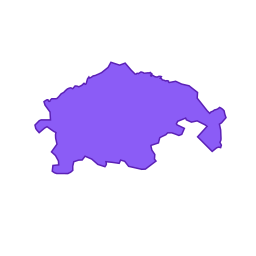 outline of Kusada, Katsina, Nigeria, rotated 232°
{"feature_id": "59680162B88881037507986", "entity_name": "Kusada", "entity_type": "district", "adm_level": 2, "iso_a3": "NGA", "parent_name": "Nigeria", "parent_adm1": "Katsina", "projection": "natural_earth1", "projection_center": [7.948, 12.456], "detail": "fine", "context": "isolated", "style": "filled", "palette": "violet", "viewbox_px": 256, "rotation_deg": 232, "n_neighbors": 0, "source": "geoboundaries", "source_scale": "gbopen_adm2", "svg_char_len": 2595}
<svg xmlns="http://www.w3.org/2000/svg" viewBox="0 0 256 256"><g transform="rotate(232 128 128)"><path d="M128.5,55.6L128.6,58.4L131.9,60.9L134.8,64.5L133.1,69.3L131.0,72.2L132.2,76.8L125.8,80.3L117.9,81.8L111.7,86.0L112.2,87.6L112.4,88.0L112.9,88.8L113.5,89.1L114.1,89.5L115.0,89.9L111.2,93.9L105.6,99.3L107.3,102.4L103.8,104.9L97.4,104.9L87.0,113.4L84.9,116.4L84.7,129.7L87.2,129.7L87.3,129.8L89.5,131.8L90.6,132.8L95.7,133.2L95.9,133.2L99.7,135.0L99.8,135.0L100.1,135.6L97.5,142.8L100.3,146.4L100.8,147.2L100.6,148.1L100.5,148.9L100.0,151.1L99.4,153.7L99.4,153.8L99.8,156.2L97.3,159.5L93.7,161.8L90.8,163.5L90.3,165.1L89.9,166.4L89.9,166.5L93.0,172.2L100.3,168.6L101.5,168.7L102.7,171.3L100.3,179.5L98.5,179.0L93.6,181.6L91.7,185.5L91.0,186.9L83.0,190.7L82.8,190.7L82.7,190.8L80.6,191.3L78.2,177.4L57.7,179.9L57.8,185.7L57.1,187.7L55.5,188.9L57.0,191.0L59.5,191.5L60.1,191.6L61.3,193.8L62.7,195.0L63.0,195.2L69.4,199.8L74.8,202.4L74.5,204.9L75.8,211.6L78.2,212.4L79.5,212.9L82.4,214.3L84.4,214.1L86.0,213.7L87.8,212.9L87.8,210.4L88.2,209.0L89.0,207.2L89.0,205.3L89.6,203.2L89.3,201.4L92.9,201.0L108.9,200.9L113.2,204.7L121.6,202.6L123.7,202.1L129.6,197.3L135.5,194.3L138.5,188.4L139.3,188.3L140.1,188.8L141.3,187.9L141.9,186.6L143.6,185.7L144.5,184.8L145.0,184.6L146.4,184.8L147.3,184.0L147.7,184.8L147.9,185.9L148.4,185.7L149.7,184.2L150.2,182.3L150.8,181.7L152.0,180.7L153.8,180.1L154.6,179.7L154.5,178.4L154.8,178.1L155.7,178.4L155.6,179.9L156.2,180.2L157.5,179.7L158.1,179.7L158.3,178.5L159.1,177.8L160.9,174.9L161.3,174.4L162.4,174.0L163.3,173.4L164.2,172.7L164.3,171.1L164.5,169.7L165.2,169.2L165.6,168.5L165.5,167.7L166.1,166.8L171.8,166.1L180.9,165.7L182.7,160.1L190.3,155.0L188.0,149.6L187.9,141.3L188.6,138.1L189.1,136.3L189.5,134.6L190.5,132.6L190.6,129.8L191.2,128.4L192.3,128.6L192.0,127.6L191.6,126.3L188.9,122.6L188.6,122.0L188.8,121.2L190.3,120.9L190.4,120.5L190.2,119.6L190.1,117.6L190.6,115.3L190.8,114.6L192.4,113.6L193.7,112.2L193.4,110.7L193.0,108.9L193.2,108.4L193.8,108.2L194.8,107.7L195.2,107.1L195.7,105.9L196.1,104.2L196.0,101.9L195.6,99.3L196.1,96.4L195.3,92.7L195.0,90.2L195.6,89.0L198.0,85.9L197.8,83.9L197.2,82.8L197.6,82.1L198.2,81.9L198.8,82.1L199.5,82.3L200.1,81.6L200.3,80.6L200.5,78.6L200.5,78.0L197.1,76.7L188.6,76.4L182.1,71.9L187.9,64.5L188.4,62.6L187.6,56.5L184.4,55.0L182.7,54.9L179.0,55.1L179.3,62.2L178.9,65.0L173.8,66.5L171.3,67.3L168.8,68.4L167.3,66.7L164.5,64.7L159.0,62.1L156.3,53.0L150.9,53.9L144.9,52.9L141.6,50.7L144.7,45.8L140.6,41.7L138.0,42.5L136.0,43.8L129.1,52.6L128.5,55.6Z" fill="#8b5cf6" stroke="#5b21b6" stroke-width="1.5"/></g></svg>